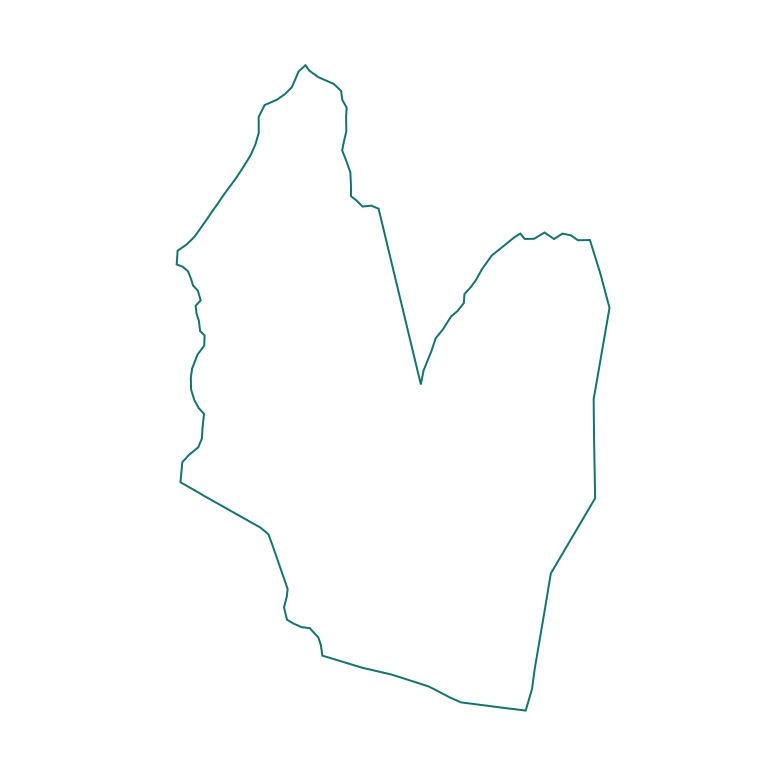 Sirinhaém, Pernambuco, Brazil, rotated 194°
{"feature_id": "56859067B34906983561862", "entity_name": "Sirinhaém", "entity_type": "district", "adm_level": 2, "iso_a3": "BRA", "parent_name": "Brazil", "parent_adm1": "Pernambuco", "projection": "equal_earth", "projection_center": [-35.141, -8.583], "detail": "fine", "context": "isolated", "style": "outline", "palette": "teal", "viewbox_px": 768, "rotation_deg": 194, "n_neighbors": 0, "source": "geoboundaries", "source_scale": "gbopen_adm2", "svg_char_len": 1698}
<svg xmlns="http://www.w3.org/2000/svg" viewBox="0 0 768 768"><g transform="rotate(194 384 384)"><path d="M166.6,124.1L168.8,143.5L173.2,201.7L176.3,240.5L155.3,311.5L151.5,324.2L166.9,381.6L176.9,420.0L183.6,512.4L193.6,530.5L200.5,543.0L219.0,573.5L230.6,570.4L238.7,573.5L247.2,573.1L254.1,565.8L264.9,569.8L273.5,561.2L282.5,558.8L288.2,562.9L293.1,557.8L301.9,546.1L310.5,534.8L316.7,519.1L320.1,506.5L323.5,498.4L327.7,490.7L326.1,482.0L330.5,472.3L335.2,465.9L340.1,451.1L344.9,440.9L345.9,427.9L348.9,406.4L348.1,392.4L421.3,532.9L431.7,552.8L439.5,554.0L447.7,551.0L455.5,555.6L461.5,558.3L463.9,568.0L467.9,581.4L475.9,593.3L481.1,600.5L481.5,608.4L481.7,620.2L485.6,635.0L487.1,643.1L493.1,649.5L496.5,657.9L505.3,663.0L521.9,665.8L532.3,670.0L537.3,674.3L542.5,666.6L543.9,657.4L545.3,649.5L550.3,641.3L556.7,633.9L567.3,625.8L570.2,612.7L566.3,597.5L566.7,585.7L568.6,574.4L572.3,562.5L577.3,548.1L581.5,538.0L586.1,526.7L589.0,518.6L592.3,510.3L596.7,498.4L603.4,481.2L609.1,471.8L616.5,463.4L614.1,449.9L607.7,449.1L601.5,446.0L596.7,439.4L593.1,433.3L587.3,429.7L582.1,420.8L585.7,414.4L582.9,406.9L578.9,400.5L575.2,390.8L569.9,387.8L567.7,377.8L572.1,367.3L573.9,352.5L573.0,343.6L569.9,332.1L564.1,322.4L557.7,315.6L551.4,311.5L549.5,297.6L547.5,287.4L548.9,277.7L556.1,268.0L560.8,259.3L558.9,247.3L557.7,239.4L539.5,234.3L531.1,231.8L477.3,217.0L469.5,214.9L459.9,210.3L454.3,202.2L427.9,161.8L426.9,154.2L427.0,143.2L421.1,131.8L413.9,129.7L405.1,128.1L397.1,129.2L386.3,122.1L382.1,115.4L378.1,105.5L336.1,103.4L306.7,103.9L293.8,103.1L267.1,101.3L244.3,95.8L232.4,93.7L188.5,98.8L181.0,99.8L167.5,101.4L166.6,124.1Z" fill="none" stroke="#0f766e" stroke-width="2"/></g></svg>